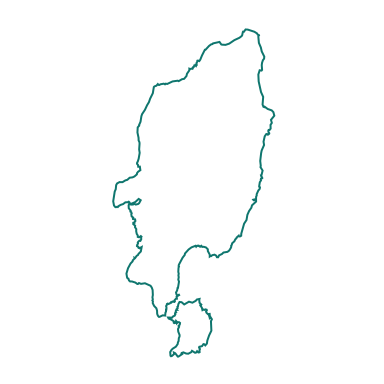 Providencia (Santa Isabel), San Andrés y Providencia, Colombia (Equal Earth projection), rotated 183°
{"feature_id": "7082276B29529138088476", "entity_name": "Providencia (Santa Isabel)", "entity_type": "district", "adm_level": 2, "iso_a3": "COL", "parent_name": "Colombia", "parent_adm1": "San Andrés y Providencia", "projection": "equal_earth", "projection_center": [-81.369, 13.358], "detail": "fine", "context": "isolated", "style": "outline", "palette": "teal", "viewbox_px": 384, "rotation_deg": 183, "n_neighbors": 0, "source": "geoboundaries", "source_scale": "gbopen_adm2", "svg_char_len": 5981}
<svg xmlns="http://www.w3.org/2000/svg" viewBox="0 0 384 384"><g transform="rotate(183 192 192)"><path d="M243.9,125.4L245.3,123.1L245.9,123.3L245.7,122.8L247.6,120.6L247.7,119.6L249.6,117.4L251.9,112.5L253.2,107.1L252.4,103.4L251.9,102.5L251.0,102.2L250.3,100.4L249.1,99.4L247.2,99.5L243.8,98.6L241.8,97.3L241.2,97.3L240.2,98.3L238.1,97.6L234.2,98.4L228.5,96.2L227.2,94.5L226.2,92.1L225.7,87.1L226.0,84.8L225.5,82.7L225.9,81.6L225.3,80.8L225.4,79.0L223.9,76.3L221.5,74.0L220.7,71.7L220.4,68.5L219.6,66.7L218.6,65.6L217.9,65.6L214.8,67.3L212.3,67.2L212.2,70.2L211.7,71.2L211.8,73.1L211.5,73.1L211.4,73.9L211.5,75.7L211.9,76.7L211.3,77.7L211.2,78.8L210.4,79.3L209.7,78.9L208.3,79.6L207.2,80.8L206.8,80.5L205.8,81.6L203.8,81.3L203.4,81.9L203.9,82.8L202.5,84.6L201.5,84.7L201.9,86.8L199.5,88.4L199.7,88.7L201.0,87.9L202.1,88.9L202.7,90.8L201.7,92.9L201.4,95.4L201.0,95.5L200.3,101.8L201.1,103.8L200.8,106.3L201.2,107.9L201.0,109.8L201.5,111.5L201.5,115.5L201.1,116.9L201.5,117.3L201.3,118.7L197.9,126.0L196.0,128.7L195.8,130.2L192.4,134.4L189.6,136.7L185.6,138.5L185.0,137.6L184.5,138.3L183.2,138.8L182.9,138.4L182.2,138.6L181.0,137.5L181.0,137.0L180.7,138.2L179.9,138.8L178.8,137.7L177.4,137.9L175.2,137.4L173.2,135.6L173.1,133.9L171.0,130.4L170.9,128.5L170.1,129.1L169.5,129.0L168.4,130.0L166.2,130.6L164.5,129.7L163.7,128.2L162.5,128.2L161.6,130.2L158.9,131.6L157.4,133.2L153.4,134.1L151.8,135.5L150.4,138.0L149.9,139.4L150.1,140.3L149.5,141.3L149.2,142.9L147.1,145.0L146.3,147.0L145.2,148.1L145.1,148.8L143.2,150.7L143.1,150.2L141.8,150.1L140.6,150.9L140.6,153.0L138.3,163.1L136.1,166.9L135.5,172.1L134.0,176.0L131.9,179.4L131.4,181.8L127.5,185.8L127.6,187.4L130.0,187.0L130.4,187.5L127.7,188.3L127.7,190.8L127.2,191.8L127.3,193.2L125.8,197.1L124.8,198.2L124.4,199.6L124.4,200.3L125.2,200.8L125.2,201.5L124.8,205.3L123.7,207.2L124.0,208.0L123.8,209.0L122.6,209.4L122.7,210.2L123.7,211.4L124.0,212.3L123.5,212.5L122.6,217.1L124.9,220.4L124.7,221.8L125.5,226.6L125.0,234.4L124.6,237.1L122.5,242.7L123.2,246.0L122.3,251.4L120.9,253.7L120.1,253.9L119.2,253.2L118.0,254.2L117.9,254.7L118.9,256.2L119.0,257.4L118.7,258.0L117.8,258.0L116.8,259.4L117.1,263.1L115.9,265.2L116.9,268.2L113.8,272.5L114.9,276.0L116.7,277.7L120.8,278.9L123.8,280.9L124.0,280.5L125.1,280.8L126.1,283.0L125.9,290.7L128.3,295.4L131.2,305.9L131.9,312.8L130.8,317.1L128.9,316.9L128.4,317.6L129.0,322.3L128.8,324.7L128.1,327.3L127.0,328.9L126.9,331.0L129.7,336.0L130.8,339.9L133.0,344.4L133.9,350.6L133.8,351.6L133.3,351.9L133.4,352.2L134.7,352.7L135.4,353.8L138.1,355.3L144.8,357.1L147.0,357.1L148.6,354.7L149.4,354.8L149.6,354.4L150.1,351.2L150.6,350.3L152.7,348.5L157.6,345.9L162.6,342.1L166.2,340.7L169.8,340.7L170.5,340.9L172.4,343.3L178.8,341.5L179.3,340.8L180.5,340.5L182.6,338.8L186.0,334.7L186.6,334.7L189.2,328.8L190.7,324.5L191.6,323.1L192.9,323.6L193.5,323.4L193.5,322.5L194.2,321.2L194.0,319.3L194.9,319.3L194.8,318.6L194.4,318.5L194.6,318.0L195.4,318.7L196.3,318.6L196.8,316.9L197.6,316.6L197.7,315.3L198.2,315.0L198.7,315.3L200.2,314.7L201.1,315.0L201.0,313.4L203.2,309.8L203.6,307.5L205.8,304.6L207.9,304.1L211.1,302.0L212.1,302.4L217.2,301.4L222.4,298.6L223.9,298.8L224.6,298.1L225.8,298.7L229.2,297.9L230.1,297.2L231.0,297.2L231.8,298.0L233.1,296.3L235.0,295.5L235.6,294.8L236.3,288.6L238.7,283.0L239.7,279.5L241.4,276.3L243.3,271.6L245.9,267.2L246.5,265.1L247.1,259.4L248.4,256.0L248.2,255.5L249.6,253.7L249.6,248.6L248.2,243.3L248.0,240.7L247.1,239.0L246.9,237.5L247.0,231.7L246.3,228.4L247.0,222.5L247.8,219.4L248.3,218.6L248.4,217.3L247.4,216.3L247.0,214.4L245.4,214.6L244.7,211.1L246.9,209.4L247.9,207.9L248.0,206.7L250.3,204.5L252.2,203.5L255.0,203.0L257.2,200.8L259.2,200.1L261.9,198.2L264.9,198.1L267.3,196.6L268.1,194.9L268.3,190.8L269.2,188.4L270.2,178.6L269.2,174.5L268.0,173.1L267.2,172.8L265.9,173.4L265.3,173.1L264.3,174.3L262.4,175.5L260.2,176.3L258.0,178.2L255.7,178.4L254.7,179.0L253.8,178.3L253.1,176.8L252.6,176.8L248.1,179.0L244.9,182.3L242.8,181.1L244.2,178.1L245.2,177.2L247.5,176.5L249.0,177.2L250.4,176.3L251.2,176.7L252.0,176.2L254.2,176.7L254.6,175.3L254.3,172.5L252.3,170.1L252.5,169.2L251.6,168.7L251.1,167.5L251.5,166.9L251.0,164.5L249.4,163.4L249.7,162.8L249.5,161.9L247.4,161.7L247.0,160.1L247.8,159.2L247.8,158.2L249.0,158.1L249.0,156.9L247.0,155.4L247.1,153.9L245.7,152.0L245.7,150.0L245.0,147.3L243.9,145.8L243.8,144.3L242.4,144.0L240.8,145.3L240.2,144.7L240.6,144.4L240.2,142.3L240.5,141.5L241.0,140.5L241.9,140.7L243.0,139.6L243.5,138.7L243.2,137.8L244.1,136.0L243.8,135.6L244.0,135.0L242.9,134.4L242.4,133.4L241.5,133.6L241.3,133.2L239.4,134.4L240.0,129.9L242.2,127.4L242.7,126.2L243.9,125.4ZM200.3,30.1L197.6,26.9L197.0,26.9L193.1,29.8L193.2,30.3L194.1,30.0L193.9,30.7L192.2,31.4L189.5,30.4L187.3,30.3L184.4,32.0L183.7,33.4L180.5,31.6L179.5,31.9L178.6,33.3L177.3,32.1L176.7,32.1L176.0,32.5L176.3,34.5L175.9,35.1L176.0,36.0L176.8,36.9L176.6,37.8L173.9,38.6L172.6,40.7L171.8,40.6L170.7,39.5L169.2,41.4L168.9,44.5L167.4,49.7L165.4,54.5L166.3,63.9L165.5,66.0L166.8,67.8L167.1,67.8L167.1,67.1L167.5,67.0L167.4,68.7L167.8,68.9L168.0,68.1L168.5,69.4L167.8,69.6L168.0,71.2L169.8,70.9L171.3,72.3L171.7,73.4L171.0,74.5L171.2,75.2L172.4,75.5L173.6,74.9L174.4,75.3L175.4,74.6L176.1,77.0L177.3,78.6L177.1,79.3L177.8,79.5L177.7,80.0L177.1,80.3L178.7,81.8L179.1,84.6L178.9,85.6L181.5,84.9L182.6,83.5L185.8,81.5L189.3,82.3L193.9,79.3L196.6,81.4L198.7,81.5L199.7,79.5L200.1,76.7L200.6,76.4L200.3,75.0L201.3,74.2L201.4,73.7L201.0,73.4L201.6,73.3L202.0,72.3L202.0,71.5L201.6,71.1L202.5,70.3L202.6,69.4L202.2,69.1L202.8,67.6L204.5,66.7L205.3,65.5L209.3,65.4L208.7,64.4L205.9,63.4L203.4,61.9L203.4,60.5L202.9,60.1L201.7,60.4L201.2,62.4L200.5,61.7L200.2,60.2L199.3,61.3L198.1,61.3L197.1,60.6L197.3,58.9L198.4,57.5L197.8,56.7L198.8,54.4L198.4,51.8L196.9,48.5L196.9,46.9L197.5,45.4L197.6,42.4L198.2,41.1L198.3,39.5L200.0,36.7L203.1,34.5L204.3,33.1L205.4,31.0L204.9,27.4L204.4,26.9L203.5,27.2L201.4,29.2L201.7,30.7L200.3,30.1Z" fill="none" stroke="#0f766e" stroke-width="2"/></g></svg>